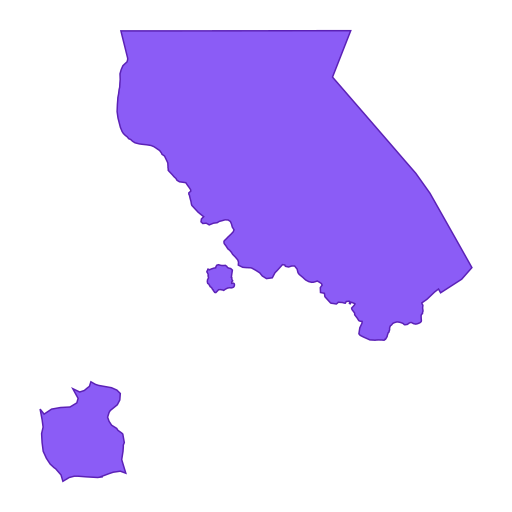 Kota Sibolga, Sumatera Utara, Indonesia
{"feature_id": "22746128B47009036461165", "entity_name": "Kota Sibolga", "entity_type": "district", "adm_level": 2, "iso_a3": "IDN", "parent_name": "Indonesia", "parent_adm1": "Sumatera Utara", "projection": "mercator", "projection_center": [98.783, 1.731], "detail": "fine", "context": "isolated", "style": "filled", "palette": "violet", "viewbox_px": 512, "rotation_deg": 0, "n_neighbors": 0, "source": "geoboundaries", "source_scale": "gbopen_adm2", "svg_char_len": 4701}
<svg xmlns="http://www.w3.org/2000/svg" viewBox="0 0 512 512"><path d="M363.2,336.9L369.9,339.9L373.9,340.1L374.8,340.2L376.8,340.0L378.9,339.9L380.5,340.0L381.8,340.0L384.0,340.2L384.5,340.0L385.0,339.2L385.5,339.3L387.1,336.6L387.4,335.1L388.0,333.4L388.2,332.7L389.1,331.9L389.1,331.0L389.6,330.0L389.6,329.4L389.6,328.0L389.9,327.0L390.0,326.7L390.4,325.8L391.5,325.0L392.8,323.4L394.5,322.6L394.8,322.5L395.6,322.3L396.9,321.9L397.9,322.0L398.7,322.1L400.2,322.4L401.7,322.9L403.3,323.6L404.0,324.4L404.8,324.8L407.4,324.4L409.1,323.1L410.1,322.6L411.4,322.5L413.7,323.7L415.3,324.0L415.8,324.1L417.6,323.7L419.6,322.9L420.5,322.3L421.2,321.5L421.4,320.7L421.2,318.6L421.1,316.2L421.2,315.1L421.8,314.1L422.5,313.6L422.4,313.1L423.0,311.0L422.8,309.3L422.6,308.0L422.7,307.1L422.9,305.3L422.0,303.7L421.8,302.9L426.8,299.4L427.6,298.7L428.1,298.2L434.6,292.0L438.5,289.0L440.6,292.8L461.7,279.2L471.9,267.6L455.6,238.6L430.0,193.3L415.8,173.3L405.0,160.9L391.3,145.0L332.5,77.1L350.7,30.7L329.0,30.7L255.8,30.8L168.9,30.9L149.1,30.9L133.0,30.9L120.9,30.9L127.7,58.3L127.6,59.9L127.0,61.9L125.1,63.6L122.9,65.7L121.2,69.6L120.0,73.8L120.2,79.5L119.9,83.2L119.7,87.2L119.1,89.7L118.6,93.9L117.9,97.4L117.7,100.6L117.4,104.3L117.1,111.6L118.0,118.0L120.4,127.4L122.1,131.5L123.4,133.5L125.2,135.3L127.4,137.0L128.7,138.7L130.7,139.5L132.5,141.2L135.0,142.8L139.3,143.9L142.3,144.3L146.9,144.8L151.1,145.5L154.0,146.7L159.6,150.5L161.4,152.9L162.0,154.3L164.5,156.0L166.3,159.7L167.8,162.9L168.0,166.6L168.0,167.9L168.4,169.3L168.1,170.0L168.7,170.9L170.3,172.6L172.3,174.7L174.1,176.8L175.9,178.4L177.0,180.3L179.5,181.8L182.5,182.2L185.8,182.7L187.2,184.8L189.3,187.7L190.6,189.7L190.8,191.1L188.8,192.9L188.9,194.3L189.4,195.2L190.0,197.9L191.0,201.6L191.4,204.1L191.9,205.5L198.3,212.4L201.7,215.1L203.7,216.7L201.4,219.0L201.0,221.8L202.8,223.5L206.2,223.2L207.6,223.9L209.2,224.9L213.4,223.2L217.2,222.7L219.3,221.4L222.4,220.6L225.1,219.8L228.2,220.0L230.4,221.5L231.5,224.0L232.3,227.1L234.0,229.8L233.3,231.7L231.1,234.1L228.4,236.6L226.2,238.9L224.3,240.7L223.9,241.8L224.2,243.6L226.1,246.1L227.9,248.9L229.7,250.3L231.4,252.3L232.7,254.4L235.4,257.1L237.8,260.0L238.5,262.2L238.3,265.1L239.9,265.9L242.7,267.3L246.1,267.6L250.9,267.8L251.8,268.1L255.6,270.2L259.7,272.8L262.3,276.0L266.5,278.6L272.3,277.8L275.0,272.7L276.9,270.8L278.1,269.5L278.9,268.6L282.5,264.6L284.8,265.0L285.4,266.3L288.6,267.0L291.7,266.0L294.6,266.0L297.1,269.1L298.0,272.7L299.2,274.4L303.1,277.6L304.0,278.5L305.7,280.0L308.7,281.6L311.6,282.3L313.5,282.2L315.6,281.6L317.3,281.0L319.2,282.1L321.5,283.6L322.1,285.2L320.3,287.6L320.5,292.5L324.4,293.3L324.9,296.7L327.5,299.6L330.6,303.0L332.1,303.4L332.7,303.4L336.3,304.0L337.6,303.0L338.3,302.2L340.3,302.4L342.3,302.5L344.5,303.1L345.3,303.2L346.3,301.5L349.2,301.2L349.8,301.7L349.4,303.4L350.2,303.8L351.1,302.3L351.9,302.4L353.0,302.9L354.1,303.3L355.0,303.9L354.2,305.3L351.6,308.1L352.0,309.6L354.6,313.0L354.7,314.8L357.3,318.2L358.8,320.6L360.2,321.2L362.1,321.4L362.0,323.2L359.8,327.8L358.9,333.8L360.1,335.3L363.2,336.9ZM116.9,390.1L111.5,387.7L98.6,385.4L95.5,384.4L90.9,381.8L89.4,386.4L87.4,387.9L84.3,390.5L79.7,392.0L72.8,388.7L78.1,398.4L76.8,402.9L70.0,407.0L60.6,407.5L51.6,409.1L44.1,414.1L40.1,409.1L42.1,419.6L43.1,427.1L41.6,433.6L42.1,442.6L43.2,451.3L46.4,458.3L50.2,464.1L54.1,467.7L55.6,468.7L59.6,473.3L61.0,474.9L62.9,481.3L69.2,477.5L74.3,476.2L78.1,476.2L85.7,476.8L97.7,477.5L102.8,476.8L101.4,476.5L109.1,473.6L113.3,472.2L120.3,471.2L125.8,473.2L123.6,466.0L121.7,459.6L123.0,451.3L123.3,447.1L123.3,445.1L124.3,442.6L122.8,434.1L121.8,433.1L117.9,430.3L116.7,428.4L111.6,425.2L109.1,421.4L107.6,417.2L109.1,412.4L110.3,410.5L117.3,404.8L119.8,400.0L120.3,393.5L116.9,390.1ZM220.2,265.2L218.5,264.7L216.8,265.2L216.0,266.5L215.7,267.8L213.9,268.1L211.2,269.0L210.2,269.5L209.3,269.8L208.9,269.4L208.5,269.2L207.8,269.2L207.7,269.9L207.4,270.8L206.9,271.2L206.9,272.0L207.5,272.9L208.1,274.3L208.3,275.3L208.0,275.9L208.3,276.6L208.5,277.9L207.5,279.8L207.3,281.7L207.7,283.4L208.8,284.1L209.2,285.0L209.6,285.4L210.1,286.6L210.9,287.1L211.9,288.1L212.4,289.2L213.1,289.7L213.2,290.4L214.1,291.5L214.7,292.4L215.8,292.6L217.9,290.5L218.5,289.7L220.5,289.6L223.2,290.1L223.7,290.4L225.2,289.3L227.5,288.1L228.6,287.9L229.3,287.7L231.3,287.9L232.5,287.6L233.6,287.1L234.2,286.2L234.5,284.9L234.2,283.7L233.6,283.2L232.7,283.2L232.2,283.4L231.7,283.4L231.7,281.9L232.7,280.9L232.6,280.5L231.9,279.6L231.8,278.7L231.9,277.8L231.3,277.3L231.5,276.5L231.6,275.3L232.4,270.1L230.7,268.5L228.7,268.1L227.5,267.5L226.7,266.3L225.2,265.3L224.2,265.5L221.8,265.5L220.2,265.2Z" fill="#8b5cf6" stroke="#5b21b6" stroke-width="1.5"/></svg>